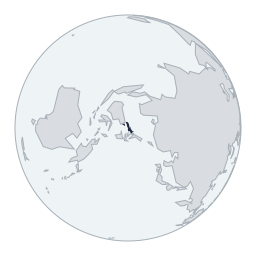 Palawan on an orthographic globe, rotated 118°
{"feature_id": "PHL-2534", "entity_name": "Palawan", "entity_type": "Province", "adm_level": 1, "iso_a3": "PHL", "parent_name": "Philippines", "parent_adm1": "", "projection": "orthographic", "projection_center": [119.135, 9.647], "detail": "fine", "context": "on_globe", "style": "filled", "palette": "slate", "viewbox_px": 256, "rotation_deg": 118, "n_neighbors": 0, "source": "natural_earth", "source_scale": "10m", "svg_char_len": 10394}
<svg xmlns="http://www.w3.org/2000/svg" viewBox="0 0 256 256"><g transform="rotate(118 128 128)"><circle cx="128" cy="128" r="113" fill="#eef3f6" stroke="#a8b0b8"/><path d="M222.5,167.6L222.4,168.3L222.3,168.5L222.5,167.6ZM184.8,30.7L182.7,30.4L185.7,32.8L182.1,30.6L190.4,37.3L191.6,40.3L188.0,35.5L185.8,33.9L185.5,35.0L183.2,33.7L181.7,33.7L179.0,32.2L177.0,29.8L175.3,28.9L175.1,29.8L172.3,29.1L172.8,27.9L168.0,26.7L163.8,23.4L167.3,22.7L162.7,20.9L162.2,20.7L170.0,23.5L177.5,26.8L184.8,30.7ZM234.2,93.5L233.3,91.1L233.9,92.1L234.2,93.5ZM232.6,89.9L233.0,90.7L232.7,90.1L232.6,89.9ZM232.4,89.8L232.5,89.9L232.4,90.0L232.4,89.8ZM232.1,89.9L232.2,89.7L232.2,89.8L232.1,89.9ZM231.3,89.2L231.1,89.0L231.1,88.6L231.3,89.2ZM188.5,35.1L188.4,34.5L189.2,35.5L188.5,35.1ZM182.0,33.9L182.7,34.6L181.6,34.3L182.0,33.9ZM176.5,31.8L174.5,31.3L176.2,31.4L176.5,31.8ZM173.1,30.8L168.3,30.0L169.6,31.3L163.3,27.7L169.5,29.3L171.3,29.1L171.5,29.9L173.1,30.8ZM160.6,26.0L159.2,25.6L160.3,25.6L160.6,26.0ZM155.2,18.7L160.6,20.2L159.8,20.0L156.2,19.0L155.4,18.9L154.2,18.4L155.2,18.7ZM148.9,17.3L148.1,17.2L147.3,17.0L147.6,17.1L148.9,17.3ZM150.6,17.7L151.7,17.9L150.4,17.6L152.1,18.0L149.5,17.5L149.1,17.4L150.6,17.7ZM147.8,17.2L151.9,18.0L147.8,17.2ZM145.7,16.8L147.1,17.0L145.7,16.8ZM141.9,16.2L141.3,16.2L140.9,16.1L141.3,16.1L141.9,16.2ZM143.2,16.4L142.7,16.4L142.8,16.3L143.8,16.5L143.2,16.4ZM145.3,16.8L145.8,16.9L144.7,16.7L145.3,16.8ZM139.4,15.9L139.3,16.0L137.0,15.8L136.8,15.7L139.4,15.9ZM33.6,66.6L31.3,71.0L31.7,72.2L38.3,63.6L37.7,61.3L41.2,56.7L44.6,54.7L45.7,57.4L47.1,55.7L49.4,50.9L52.7,48.7L50.5,49.1L49.1,51.0L47.7,51.5L48.9,49.8L50.1,49.0L50.6,47.7L45.1,52.5L43.1,55.0L42.6,54.6L39.2,58.8L38.0,60.3L39.4,58.4L44.9,51.9L50.9,45.9L57.3,40.3L64.1,35.2L63.4,35.9L64.3,35.3L67.9,33.1L66.9,33.9L70.6,31.7L71.7,31.8L73.4,29.9L77.6,27.8L80.7,26.7L82.4,25.8L77.4,27.6L75.2,28.7L72.7,30.1L66.9,33.4L66.7,33.5L74.5,28.9L82.5,24.9L89.7,22.6L91.7,22.8L85.7,26.9L82.8,27.8L83.4,26.6L78.8,29.5L81.1,28.4L80.3,29.2L84.2,27.9L83.8,28.5L88.1,26.3L88.1,26.9L85.4,28.2L91.1,27.3L92.2,28.4L93.7,28.0L94.9,27.1L95.5,29.4L96.6,29.0L96.8,28.1L99.0,26.7L103.1,25.4L103.1,26.2L101.6,26.8L98.5,29.6L94.5,31.4L94.9,31.6L98.3,30.3L102.2,26.9L104.7,25.9L103.3,27.4L104.0,26.7L105.2,26.5L106.5,27.2L108.2,25.6L121.9,23.4L125.6,24.9L122.8,26.2L132.3,26.8L135.8,29.2L136.0,28.2L140.7,28.3L139.6,27.5L140.1,27.1L151.7,27.8L154.4,29.0L159.6,28.9L159.7,28.5L157.9,27.6L163.3,27.7L169.6,31.3L169.1,31.9L173.4,34.1L171.6,35.5L172.0,37.9L167.6,38.7L168.3,40.9L170.0,41.5L172.2,45.1L171.3,51.1L165.0,43.4L164.9,35.6L164.3,38.3L162.4,37.0L160.9,37.6L160.6,39.8L161.9,40.5L150.7,41.7L145.9,47.8L151.4,48.3L154.1,50.9L153.4,60.0L140.6,71.3L144.2,76.4L143.9,79.4L139.9,80.7L140.1,76.3L136.6,74.2L137.4,71.8L130.9,73.0L131.7,69.5L126.3,72.4L127.7,75.5L133.0,75.4L128.0,79.9L132.6,85.7L132.4,92.1L122.1,102.4L112.8,104.9L112.0,106.9L108.7,104.2L103.7,107.8L109.4,120.3L109.0,123.8L101.1,129.5L101.0,126.9L92.3,119.6L90.1,127.7L96.8,135.4L99.0,143.7L93.7,140.6L91.5,133.2L88.4,130.4L89.6,123.3L87.7,112.4L82.3,113.8L83.1,109.6L79.7,100.4L72.2,102.2L60.1,111.7L57.9,122.4L53.9,126.6L50.6,110.1L51.9,99.7L49.0,100.1L47.0,90.6L38.6,87.8L39.0,85.1L37.1,85.8L35.9,82.5L37.1,78.1L35.7,77.8L33.1,89.4L34.7,89.9L38.3,86.4L37.1,90.4L38.4,94.8L31.4,103.1L21.5,108.3L23.1,100.2L29.1,77.4L30.3,75.2L30.5,75.0L30.7,74.5L28.6,77.9L30.5,73.7L24.5,88.8L22.4,95.2L21.3,108.7L20.8,109.8L21.2,112.8L25.8,111.8L25.3,114.4L21.5,125.8L17.5,140.3L19.5,152.4L21.8,162.2L22.5,167.3L25.8,175.3L26.3,176.5L23.1,168.9L20.4,161.2L18.2,153.2L16.7,145.2L15.7,137.0L15.4,128.8L15.6,120.6L16.4,112.4L17.9,104.3L19.9,96.4L22.5,88.6L25.6,81.0L29.3,73.6L33.6,66.6ZM44.2,65.4L46.5,67.2L50.1,61.1L51.3,61.4L52.0,59.3L50.3,60.7L52.8,55.4L55.5,54.5L57.6,52.2L56.9,51.6L51.5,54.1L47.9,61.5L45.4,63.4L44.2,65.4ZM130.2,15.4L127.8,15.4L123.4,15.5L124.5,15.5L122.6,15.8L118.8,16.0L120.6,15.7L115.2,16.3L115.4,16.1L114.8,16.2L113.5,16.3L111.0,16.7L120.6,15.6L130.2,15.4ZM136.5,15.7L136.4,15.7L134.7,15.6L136.1,15.8L130.8,15.6L128.2,15.4L132.6,15.5L136.5,15.7ZM102.9,19.0L104.3,18.5L104.8,18.5L108.8,17.7L109.0,17.9L106.6,18.5L102.9,19.0ZM36.9,64.7L35.5,66.0L36.0,65.0L36.4,64.7L36.9,64.7ZM36.9,61.7L35.9,63.5L36.5,62.4L36.9,61.7ZM103.7,19.1L105.3,18.7L104.4,19.1L103.7,19.1ZM109.3,18.1L108.6,18.5L109.5,17.9L109.3,18.1ZM70.8,219.3L73.1,220.7L72.0,220.6L70.8,219.3ZM26.8,163.8L30.8,180.1L29.3,179.3L26.8,174.0L23.7,163.8L24.7,161.8L24.5,157.5L26.8,163.8ZM127.7,165.1L131.2,165.8L131.1,166.3L127.7,165.1ZM124.0,163.0L128.0,163.5L123.4,164.1L124.0,163.0ZM129.5,163.7L133.6,163.0L135.3,162.3L135.0,163.3L129.5,163.7ZM121.3,162.8L107.0,161.4L101.4,159.5L102.6,157.7L111.7,159.1L121.3,162.8ZM102.2,157.6L93.7,151.4L82.7,134.6L86.6,135.3L98.3,146.0L97.5,147.6L102.6,152.3L102.2,157.6ZM122.9,149.7L122.1,154.6L114.2,153.4L110.6,152.3L108.1,145.8L109.5,142.7L112.4,143.1L124.1,133.3L128.1,136.3L124.4,140.6L127.7,145.1L122.9,149.7ZM58.2,123.5L59.9,130.3L57.8,131.1L58.2,123.5ZM129.1,126.2L124.2,130.5L128.7,124.6L129.1,126.2ZM131.9,120.6L132.1,123.0L130.3,120.5L131.9,120.6ZM111.7,110.1L108.6,110.4L108.6,108.7L112.6,107.4L111.7,110.1ZM132.2,97.6L131.7,102.4L130.9,104.0L129.8,100.9L132.2,97.6ZM107.2,23.0L101.4,23.6L97.4,24.7L95.3,26.1L95.8,24.6L102.0,22.9L107.2,23.0ZM120.1,23.1L121.9,22.2L122.8,22.7L122.5,23.0L120.1,23.1ZM120.0,22.5L119.1,21.3L121.3,20.9L121.5,21.9L120.0,22.5ZM111.2,19.6L109.5,19.7L110.3,19.3L111.2,19.6ZM195.9,209.4L196.9,210.0L193.7,212.9L189.3,215.9L185.5,217.0L195.9,209.4ZM165.0,216.7L164.9,213.3L169.5,213.1L167.5,216.1L165.0,216.7ZM198.9,207.1L201.8,203.9L203.0,200.0L202.5,203.5L204.7,203.5L197.8,209.7L198.9,207.1ZM148.3,201.7L126.2,207.2L121.3,206.0L122.5,203.1L117.8,193.7L119.4,194.1L118.2,187.8L131.2,183.2L140.5,173.5L147.8,174.6L153.3,167.5L160.9,168.4L158.7,174.2L166.6,178.6L171.9,165.6L176.8,179.9L182.6,185.2L184.2,194.1L173.9,208.4L168.0,211.0L166.8,209.6L164.4,211.0L160.5,210.2L158.4,205.4L156.0,206.8L158.3,203.3L154.8,206.3L152.8,203.2L148.3,201.7ZM202.7,178.7L203.8,179.1L205.5,181.6L203.7,181.1L202.7,178.7ZM219.7,170.6L220.1,171.7L219.0,172.1L219.7,170.6ZM222.3,168.5L221.0,169.0L222.5,167.6L222.3,168.5ZM208.6,170.5L209.2,171.4L208.7,171.7L208.6,170.5ZM208.2,170.2L208.8,168.8L208.7,170.2L208.2,170.2ZM202.8,162.5L203.5,161.8L203.8,162.4L202.8,162.5ZM136.4,166.3L141.2,162.8L143.9,162.7L136.4,166.3ZM201.8,160.9L200.1,160.7L200.3,160.0L201.8,160.9ZM202.0,159.1L201.8,158.1L202.8,160.6L202.0,159.1ZM198.6,156.7L200.8,158.6L198.4,156.9L198.6,156.7ZM197.4,156.9L195.9,156.0L196.0,155.7L197.4,156.9ZM180.2,157.6L185.9,164.2L181.4,163.8L176.3,159.6L172.3,163.1L163.3,162.0L165.4,159.8L164.1,156.2L154.9,154.2L153.0,151.8L156.3,150.5L150.2,148.3L156.9,147.8L159.6,152.6L163.4,149.2L169.9,150.5L176.3,152.5L181.5,156.3L180.2,157.6ZM156.9,158.0L158.1,158.1L157.1,159.4L156.9,158.0ZM193.0,153.3L195.2,155.6L194.9,156.2L193.8,155.8L193.0,153.3ZM182.6,155.5L188.2,152.0L189.5,152.1L185.8,156.3L182.6,155.5ZM186.8,149.4L189.4,150.1L190.8,152.3L190.3,152.9L186.8,149.4ZM143.4,152.7L143.1,154.0L141.4,152.9L143.4,152.7ZM145.6,152.1L150.8,153.9L145.1,153.2L145.6,152.1ZM130.1,146.4L131.5,149.6L136.3,148.0L132.7,150.5L135.9,155.8L134.8,157.7L131.6,151.9L130.5,157.5L128.5,157.2L127.3,152.3L129.4,146.6L131.4,144.3L140.0,144.0L130.1,146.4ZM145.6,148.4L144.2,144.7L145.2,142.4L146.7,144.4L145.6,148.4ZM140.2,135.9L136.7,131.5L133.4,132.8L140.1,127.7L142.4,132.7L140.2,135.9ZM137.4,126.7L134.3,127.8L137.5,124.8L137.4,126.7ZM133.5,126.4L133.3,123.6L135.7,124.1L133.5,126.4ZM138.9,127.0L139.7,122.2L140.8,125.1L138.9,127.0ZM132.5,117.2L137.5,122.3L130.9,119.7L130.9,110.6L133.8,110.7L132.5,117.2ZM150.7,83.4L150.2,81.0L152.9,80.7L152.5,82.4L150.7,83.4ZM161.2,78.5L153.5,79.9L147.2,81.4L149.0,82.7L147.3,86.6L144.8,82.6L149.4,78.6L154.1,78.2L155.1,75.0L158.7,73.2L158.3,69.2L160.0,67.7L161.8,71.3L161.2,78.5ZM158.0,67.5L158.6,60.9L163.5,62.4L164.5,64.2L162.1,66.5L159.7,65.5L158.0,67.5ZM160.2,59.8L157.8,59.0L153.8,49.4L154.2,47.8L159.9,55.4L157.9,55.0L158.0,57.3L160.2,59.8ZM159.5,26.0L159.2,25.6L160.3,26.1L159.5,26.0ZM139.4,26.7L140.2,26.2L141.5,26.6L139.4,26.7ZM143.1,25.2L141.1,25.0L143.2,24.8L143.1,25.2ZM136.6,24.6L140.3,24.7L136.8,25.2L136.6,24.6Z" fill="#d9dde1" stroke="#a8b0b8" stroke-width="1"/><path d="M127.0,128.2L126.9,128.4L126.9,128.5L126.6,128.7L126.5,128.9L126.4,128.9L126.3,129.0L126.2,129.0L125.9,129.4L125.8,129.5L125.6,129.6L125.3,129.9L125.2,129.9L124.9,130.0L124.5,130.3L124.4,130.4L124.3,130.5L124.2,130.6L124.2,130.4L124.3,130.4L124.3,130.2L124.5,129.9L124.7,129.7L124.9,129.5L125.1,129.3L125.1,129.2L125.3,129.1L125.5,128.9L125.8,128.7L125.8,128.8L125.9,128.7L126.1,128.6L126.2,128.4L126.3,128.2L126.5,128.1L127.0,128.2ZM127.7,126.7L127.8,126.7L127.7,126.6L127.8,126.5L127.9,126.4L128.0,126.3L128.0,126.5L128.1,126.4L128.3,126.3L128.2,126.2L128.3,126.2L128.4,125.9L128.3,125.7L128.2,125.6L128.2,125.4L128.2,125.5L128.3,125.5L128.5,125.7L128.5,125.8L128.6,125.7L128.4,125.6L128.4,125.3L128.4,125.2L128.5,125.2L128.6,124.9L128.6,124.7L128.8,124.7L128.8,124.8L128.7,125.1L128.8,125.2L128.8,125.3L128.7,125.3L128.7,125.5L128.8,125.7L128.9,125.8L128.9,126.0L129.0,126.0L129.1,126.3L128.8,126.6L128.7,126.6L128.4,126.7L128.3,126.8L128.2,126.9L128.2,127.0L127.9,127.0L127.9,126.9L127.7,126.7ZM130.3,123.3L130.2,123.4L129.9,123.3L129.7,123.4L129.6,123.2L129.4,123.0L129.4,122.9L129.5,122.8L129.4,122.8L129.4,122.7L129.5,122.8L129.8,123.0L130.0,123.2L130.1,122.9L130.1,123.0L130.3,123.2L130.3,123.3L130.3,123.3ZM129.7,123.6L129.8,123.6L129.7,123.7L129.8,123.8L129.7,124.0L129.6,123.9L129.5,123.7L129.4,123.6L129.5,123.5L129.5,123.4L129.5,123.5L129.7,123.6ZM129.4,126.0L129.7,126.2L129.6,126.3L129.5,126.2L129.5,126.3L129.4,126.4L129.2,126.3L129.2,126.2L129.3,126.2L129.4,126.0ZM124.0,131.1L124.0,131.4L124.0,131.5L123.9,131.6L123.8,131.4L123.8,131.1L124.0,131.1L124.0,131.1ZM124.5,130.6L124.5,130.8L124.4,130.9L124.4,130.7L124.5,130.6ZM129.4,124.3L129.4,124.5L129.2,124.5L129.1,124.4L129.2,124.5L129.3,124.4L129.4,124.3ZM126.8,133.2L126.8,133.3L126.7,133.2L126.8,133.1L126.8,133.2ZM130.2,123.5L130.2,123.4L130.2,123.5L130.2,123.5ZM131.8,125.5L131.7,125.7L131.8,125.5L131.8,125.5ZM129.0,125.2L129.0,125.3L128.9,125.3L128.9,125.1L129.0,125.2ZM124.3,130.6L124.2,130.7L124.3,130.6L124.3,130.6ZM123.9,131.1L124.0,131.0L123.9,131.1ZM128.9,124.9L129.0,125.0L128.9,125.1L128.9,124.9Z" fill="#64748b" stroke="#1e293b" stroke-width="1.5"/></g></svg>